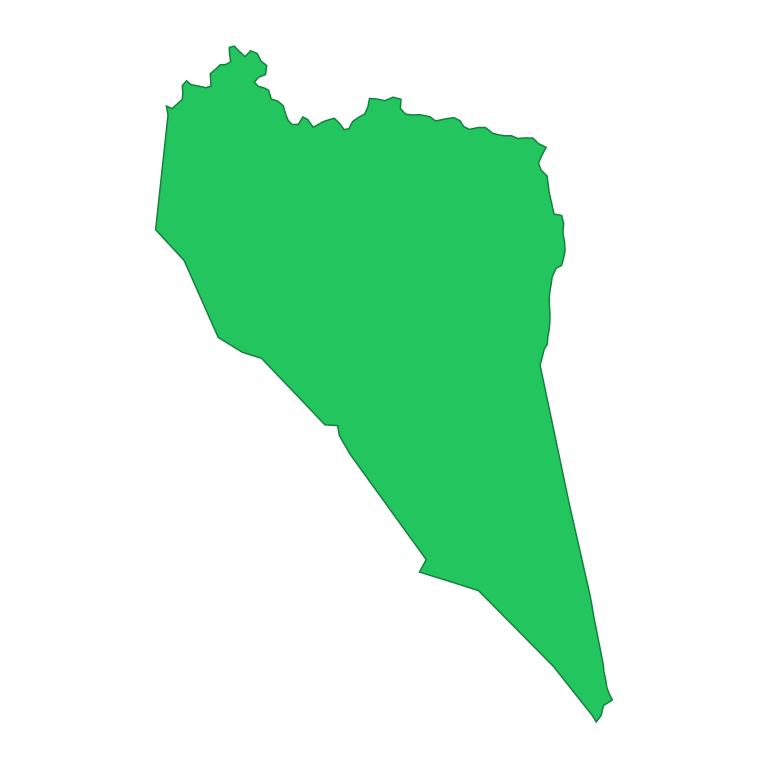 Ponto Novo, Bahia, Brazil
{"feature_id": "56859067B49472720818380", "entity_name": "Ponto Novo", "entity_type": "district", "adm_level": 2, "iso_a3": "BRA", "parent_name": "Brazil", "parent_adm1": "Bahia", "projection": "robinson", "projection_center": [-40.103, -10.99], "detail": "fine", "context": "isolated", "style": "filled", "palette": "green", "viewbox_px": 768, "rotation_deg": 0, "n_neighbors": 0, "source": "geoboundaries", "source_scale": "gbopen_adm2", "svg_char_len": 1791}
<svg xmlns="http://www.w3.org/2000/svg" viewBox="0 0 768 768"><path d="M596.2,721.9L601.1,715.5L603.5,705.5L612.4,700.0L609.8,695.1L606.9,687.7L605.7,679.7L603.8,671.3L603.5,665.7L593.7,616.2L591.9,605.1L589.8,594.1L570.7,510.3L568.5,500.3L540.1,365.2L542.2,357.4L544.2,349.2L547.4,344.0L547.8,336.7L549.2,329.7L549.8,322.0L550.0,313.7L549.5,306.7L549.2,297.5L550.2,289.6L551.2,283.8L552.2,276.8L556.2,268.2L561.6,265.4L563.7,257.8L565.1,250.7L564.5,241.6L562.9,232.7L563.7,223.5L561.6,215.5L554.0,214.0L549.2,192.3L547.1,176.1L540.9,169.8L538.5,163.0L541.8,155.6L546.1,147.4L538.2,143.4L533.1,138.2L525.6,137.9L517.6,138.5L511.4,135.7L505.2,135.8L499.8,135.1L492.6,133.3L485.4,127.5L478.3,127.5L469.4,129.4L463.6,126.5L460.1,120.8L454.2,117.7L448.0,118.4L441.3,119.8L435.6,121.0L430.0,116.7L419.8,114.7L412.3,115.0L405.5,114.1L400.4,108.5L401.0,99.3L393.1,97.2L384.8,100.7L377.3,99.1L369.5,98.4L367.9,107.0L364.7,114.0L358.3,117.5L352.6,121.6L348.9,128.7L344.0,129.6L339.7,123.5L334.3,118.3L328.7,119.8L323.1,121.7L318.0,124.7L313.2,127.2L307.7,119.6L302.9,116.9L298.3,124.4L291.9,124.5L288.1,120.2L285.9,115.0L283.3,105.8L277.9,101.2L271.2,99.0L268.6,90.2L263.6,87.7L258.6,86.5L254.3,82.3L258.6,77.3L265.5,74.6L266.7,65.5L261.0,61.1L257.2,53.5L250.6,50.7L245.1,56.6L239.3,51.4L234.3,46.1L229.3,47.4L229.5,53.8L230.7,61.7L225.9,64.5L220.2,64.8L215.1,69.7L210.3,73.6L211.0,86.2L205.7,87.7L198.3,86.0L191.1,84.7L186.5,80.8L182.3,85.6L182.8,93.3L182.3,99.3L177.2,104.0L172.1,108.5L166.4,106.1L168.0,115.2L155.6,229.7L184.2,260.6L213.5,326.8L218.3,337.5L242.4,352.3L261.6,358.4L297.8,396.3L324.9,424.8L337.6,425.6L339.4,435.7L350.2,454.4L426.2,559.6L419.5,572.1L452.5,582.3L478.6,590.7L553.4,666.4L587.0,708.8L592.4,715.6L596.2,721.9Z" fill="#22c55e" stroke="#15803d" stroke-width="1.5"/></svg>